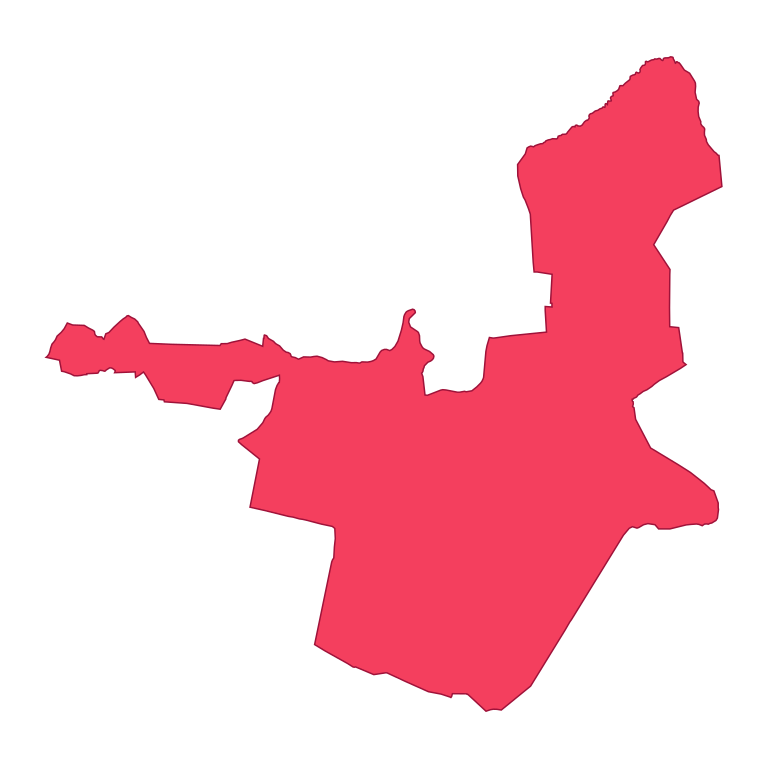 the district of Mixquiahuala de Juárez, Hidalgo, Mexico
{"feature_id": "50627088B68378363508666", "entity_name": "Mixquiahuala de Juárez", "entity_type": "district", "adm_level": 2, "iso_a3": "MEX", "parent_name": "Mexico", "parent_adm1": "Hidalgo", "projection": "robinson", "projection_center": [-99.19, 20.233], "detail": "fine", "context": "isolated", "style": "filled", "palette": "rose", "viewbox_px": 768, "rotation_deg": 0, "n_neighbors": 0, "source": "geoboundaries", "source_scale": "gbopen_adm2", "svg_char_len": 6026}
<svg xmlns="http://www.w3.org/2000/svg" viewBox="0 0 768 768"><path d="M719.0,155.4L717.8,155.1L716.3,153.3L714.0,151.6L708.2,144.7L706.5,141.5L706.3,139.4L704.5,135.3L704.4,132.4L704.7,129.0L703.9,127.5L702.0,125.8L701.1,124.4L700.7,123.5L700.8,121.6L698.7,116.6L698.1,111.5L698.2,107.1L699.2,103.1L698.7,101.3L696.6,99.3L695.5,94.1L695.1,92.3L695.6,86.4L695.4,83.1L694.6,81.2L689.6,73.2L684.4,70.1L680.4,64.3L679.0,62.7L678.2,62.7L677.2,61.8L676.5,61.8L675.8,63.0L675.4,63.2L675.1,62.7L674.4,60.8L673.3,58.8L673.1,57.6L672.7,57.2L670.7,56.8L668.4,57.8L665.1,57.9L664.3,58.1L663.5,58.5L663.1,60.0L662.7,60.5L661.6,60.1L660.0,58.5L658.9,58.4L656.8,59.1L654.7,58.9L653.9,59.6L651.5,60.0L648.2,61.7L647.5,61.8L646.4,61.3L645.8,61.4L645.4,61.9L645.5,63.5L645.0,64.8L644.4,65.2L642.8,65.4L642.3,65.8L640.6,68.1L639.9,69.8L640.3,70.8L640.1,71.8L639.5,72.5L638.7,73.0L637.8,72.9L636.5,72.2L635.9,72.5L635.2,74.4L634.2,74.8L633.0,75.0L630.4,76.3L630.1,77.1L630.1,78.5L629.7,79.7L625.3,83.2L622.9,85.7L620.7,85.6L619.9,85.8L618.7,89.2L617.5,90.5L615.3,91.9L613.2,92.5L612.9,93.0L613.2,95.7L611.6,96.4L610.7,97.2L610.5,98.1L611.3,100.4L611.2,100.9L609.6,101.1L608.4,100.9L607.8,101.2L607.4,104.5L606.5,103.8L605.7,103.7L605.2,104.2L605.0,106.9L604.8,107.3L603.1,106.9L601.8,108.3L600.1,108.7L597.8,110.3L595.2,111.0L592.3,113.3L590.7,113.7L589.5,114.5L588.9,116.0L589.3,118.0L588.7,119.0L587.5,120.3L586.5,120.3L584.5,121.8L582.1,125.1L580.2,126.2L577.6,125.8L576.9,125.1L576.0,125.2L575.3,125.5L575.0,126.8L573.1,126.5L571.9,127.0L567.3,132.5L567.0,133.3L565.7,134.2L562.5,134.3L561.7,134.8L561.3,135.4L559.9,135.6L558.2,136.2L557.6,138.1L556.7,138.9L552.5,138.7L550.4,139.5L548.2,139.9L545.8,140.9L545.2,141.9L543.6,142.7L542.8,143.6L540.5,143.8L537.4,144.8L535.0,145.7L533.7,146.8L530.7,146.1L528.9,146.8L527.1,147.9L525.3,153.9L517.6,164.5L517.8,176.0L520.7,188.8L523.4,197.1L525.1,200.0L528.5,208.7L530.3,214.1L533.2,262.2L534.1,272.0L537.3,272.0L552.1,274.3L550.5,303.1L551.9,303.3L552.0,307.0L545.2,306.5L545.2,310.5L546.5,332.1L510.7,335.7L495.3,337.9L493.2,338.1L489.4,337.5L487.0,345.7L485.9,351.4L483.6,377.4L483.1,378.9L481.9,381.4L480.5,383.2L476.8,386.9L471.9,390.8L466.2,391.8L464.5,391.3L459.6,392.2L457.4,392.2L446.1,390.0L442.8,389.7L440.8,390.1L427.4,395.3L425.0,395.0L422.9,376.6L421.6,373.2L422.2,372.7L422.9,371.3L423.4,368.5L423.9,367.9L424.4,365.8L427.9,362.2L430.7,361.0L432.5,359.6L433.5,358.1L433.9,356.1L433.3,354.7L429.6,351.5L424.3,349.0L423.0,348.0L422.0,346.7L420.1,343.0L419.7,341.0L419.5,335.7L418.4,332.5L417.5,331.6L410.5,326.9L408.7,322.2L409.3,318.6L415.3,312.7L415.1,311.0L414.1,309.7L412.6,309.2L408.3,310.7L406.7,311.6L406.0,312.3L404.6,314.6L403.9,316.6L403.1,322.7L401.4,330.2L398.0,341.1L394.9,346.5L392.0,349.4L389.8,350.6L386.5,349.4L384.4,349.4L381.6,350.5L380.1,352.1L376.1,359.0L373.4,360.6L371.2,361.4L367.7,362.1L361.9,361.9L359.9,363.0L359.2,363.1L356.3,362.6L351.4,362.7L342.5,361.3L334.5,361.9L328.2,360.8L326.5,359.7L322.2,357.6L317.1,356.2L313.9,356.5L310.6,357.1L303.6,356.9L298.5,359.2L295.3,357.6L291.8,356.8L291.1,356.2L290.8,355.0L290.1,353.6L288.1,352.5L286.3,352.2L283.3,350.2L279.6,345.9L276.2,344.0L274.6,342.6L273.6,341.4L268.5,338.5L266.6,335.7L264.5,335.0L264.2,335.2L263.9,338.4L263.5,338.4L262.7,346.3L245.0,339.1L239.7,340.5L231.5,342.3L227.3,343.6L221.2,343.7L220.0,345.5L171.0,344.3L149.5,343.4L146.4,337.4L144.0,331.4L138.4,323.3L137.7,321.8L134.7,319.0L131.5,317.5L128.4,315.6L127.0,315.9L125.7,317.3L123.3,318.8L120.2,321.4L113.9,327.2L108.9,332.5L105.8,333.8L103.9,339.3L103.4,339.1L101.7,336.9L97.3,336.8L95.6,335.4L94.9,334.3L94.4,331.4L92.7,330.1L88.5,328.0L84.3,325.4L72.7,325.0L67.3,323.0L64.2,328.7L61.3,332.3L57.1,336.1L55.5,339.7L54.1,341.7L52.0,344.1L50.7,347.9L49.9,351.5L48.9,354.2L47.3,356.3L46.1,357.3L59.5,360.2L61.6,371.2L64.2,371.7L70.6,373.9L74.1,375.7L77.5,375.8L81.1,375.4L84.2,374.7L86.8,374.6L86.8,373.7L97.2,373.2L98.1,372.9L99.3,370.7L100.1,370.3L102.6,370.6L104.4,371.2L105.3,371.0L106.2,370.0L109.7,367.8L111.6,368.0L113.1,368.8L115.2,370.5L115.1,371.6L114.6,372.7L135.2,371.9L135.6,377.4L139.7,374.9L143.5,372.0L145.5,374.8L153.8,388.5L158.8,399.4L163.9,399.9L164.4,401.8L187.0,403.4L213.3,408.2L220.2,409.2L225.9,398.9L225.9,397.9L232.0,385.2L234.0,380.6L235.2,380.4L241.0,380.3L249.4,381.4L250.6,381.3L251.8,381.5L252.1,381.7L252.4,382.6L254.1,383.6L257.3,382.8L262.9,380.6L279.4,375.2L279.6,378.8L279.3,382.5L278.7,382.7L277.0,385.6L275.5,389.6L271.9,408.6L271.0,411.2L270.1,412.6L268.3,415.1L265.7,417.3L264.7,418.8L262.9,422.6L257.2,429.3L243.6,437.7L242.3,438.4L239.4,439.4L238.5,440.2L238.4,441.1L238.5,441.8L241.7,444.7L259.5,459.0L250.0,507.2L263.9,510.3L288.5,516.4L293.0,517.1L299.5,518.9L302.5,519.3L305.7,520.0L321.4,524.1L332.3,526.4L334.8,528.4L335.3,538.6L334.4,546.9L333.8,557.9L332.5,559.9L331.7,562.0L314.6,644.6L325.7,651.3L347.2,663.3L353.1,667.0L354.5,667.2L355.5,666.9L373.8,674.6L385.8,672.8L387.1,672.9L405.8,681.6L428.4,691.7L441.1,694.1L450.2,697.1L450.9,697.5L451.6,696.6L452.4,693.7L466.8,693.8L467.0,694.3L468.0,694.5L486.0,711.2L490.5,709.7L493.3,709.2L496.9,709.3L501.3,710.0L530.6,686.1L565.3,629.7L569.7,622.1L571.6,619.4L623.4,535.2L629.2,528.3L632.4,526.7L637.0,528.1L638.8,527.5L643.6,524.7L647.9,523.6L655.0,524.7L658.6,528.9L670.0,528.9L686.2,524.9L691.0,524.4L696.5,524.0L699.0,524.4L702.2,525.7L704.5,524.1L706.7,523.9L708.3,524.2L709.9,523.4L711.8,523.0L716.0,520.4L717.4,518.1L718.5,509.6L718.2,507.4L718.2,503.0L713.9,490.9L711.0,489.7L704.3,483.4L690.5,472.5L678.4,464.8L650.6,448.0L635.6,419.3L634.0,407.7L632.6,406.6L633.3,404.0L633.1,401.7L632.5,401.3L632.2,400.6L632.2,399.2L633.3,399.0L633.9,398.2L635.9,397.4L636.7,396.8L638.0,395.0L640.2,393.7L643.2,391.4L646.9,389.8L651.9,386.4L654.2,384.3L659.4,380.5L666.6,376.6L680.6,368.3L686.1,364.6L683.4,362.4L682.9,361.7L682.7,353.1L682.4,353.0L678.7,327.6L669.7,326.7L669.5,307.8L669.8,274.1L670.0,269.5L653.7,244.7L667.0,221.7L670.3,215.4L673.6,210.1L721.9,186.5L719.0,155.4Z" fill="#f43f5e" stroke="#9f1239" stroke-width="1.5"/></svg>